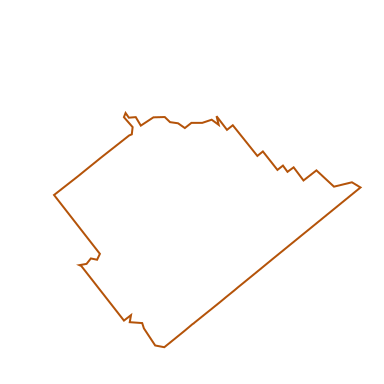 outline of Randolph, Arkansas, United States of America, rotated 141°
{"feature_id": "52423323B52253353626941", "entity_name": "Randolph", "entity_type": "district", "adm_level": 2, "iso_a3": "USA", "parent_name": "United States of America", "parent_adm1": "Arkansas", "projection": "equal_earth", "projection_center": [-91.061, 36.307], "detail": "fine", "context": "isolated", "style": "outline", "palette": "amber", "viewbox_px": 384, "rotation_deg": 141, "n_neighbors": 0, "source": "geoboundaries", "source_scale": "gbopen_adm2", "svg_char_len": 918}
<svg xmlns="http://www.w3.org/2000/svg" viewBox="0 0 384 384"><g transform="rotate(141 192 192)"><path d="M172.2,89.2L135.3,89.3L134.8,89.3L131.2,89.3L59.1,89.5L58.2,89.5L61.6,98.9L78.3,106.8L81.7,130.5L98.1,130.8L97.5,147.2L105.1,147.6L104.7,155.3L111.7,155.4L111.4,178.9L118.5,178.9L118.3,218.2L125.7,218.3L125.2,235.5L129.0,227.4L131.2,235.8L140.6,239.3L149.0,246.1L157.3,246.2L159.6,254.2L165.1,260.1L166.0,267.4L175.0,274.3L190.0,275.8L188.6,285.6L194.3,289.5L193.9,295.2L197.8,293.0L197.3,279.8L202.5,274.7L205.3,275.5L241.4,276.0L271.6,276.0L301.1,276.5L302.3,213.4L302.5,201.9L308.4,199.1L312.4,204.0L319.2,202.5L325.5,206.0L324.6,204.2L325.8,134.9L316.9,134.7L322.3,130.0L313.2,121.5L315.2,116.3L317.2,95.9L311.2,88.8L284.4,88.8L274.9,89.0L273.8,88.9L273.6,88.8L272.7,88.9L239.6,88.8L238.6,88.8L231.2,88.9L220.1,88.9L216.3,89.0L184.7,89.1L172.2,89.2Z" fill="none" stroke="#b45309" stroke-width="2"/></g></svg>